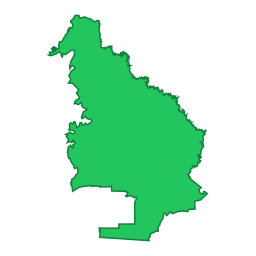 outline of Las Choapas, Veracruz, Mexico
{"feature_id": "50627088B49080058560483", "entity_name": "Las Choapas", "entity_type": "district", "adm_level": 2, "iso_a3": "MEX", "parent_name": "Mexico", "parent_adm1": "Veracruz", "projection": "natural_earth1", "projection_center": [-93.913, 17.563], "detail": "fine", "context": "isolated", "style": "filled", "palette": "green", "viewbox_px": 256, "rotation_deg": 0, "n_neighbors": 0, "source": "geoboundaries", "source_scale": "gbopen_adm2", "svg_char_len": 5707}
<svg xmlns="http://www.w3.org/2000/svg" viewBox="0 0 256 256"><path d="M207.3,193.6L204.9,191.8L203.6,191.6L202.9,194.2L199.8,192.8L198.9,189.5L201.2,187.6L189.8,178.5L190.1,177.5L190.4,178.1L190.4,177.4L188.8,176.6L189.0,175.8L187.8,174.4L189.3,173.4L189.5,172.3L190.3,172.3L190.7,170.7L190.3,170.0L191.3,168.3L192.6,167.9L192.7,165.9L194.0,165.9L194.3,166.9L194.9,166.0L195.5,166.9L196.1,166.7L196.5,165.9L197.2,166.0L198.0,162.6L198.8,163.1L198.9,162.4L200.5,161.6L200.7,160.8L198.9,160.0L199.8,158.2L201.2,157.6L200.8,156.6L199.5,156.3L199.1,157.4L198.5,156.8L199.0,155.7L197.9,156.1L197.7,155.6L198.3,154.8L200.2,155.4L200.1,154.1L201.0,153.2L200.8,151.6L202.0,148.2L203.6,146.5L202.3,144.5L203.3,144.5L203.2,143.6L200.7,142.1L202.1,142.0L203.4,140.9L202.9,136.4L203.5,134.6L204.6,134.8L205.0,133.6L204.2,132.9L206.0,130.9L205.6,130.2L203.4,131.9L202.0,131.5L202.6,130.4L201.9,129.7L200.4,130.1L199.5,129.4L199.2,130.1L198.2,130.1L197.0,128.9L196.4,130.1L195.7,129.1L195.8,127.4L193.1,126.4L193.1,124.6L191.7,124.7L190.9,122.3L191.6,122.1L189.9,121.7L190.0,120.3L189.5,120.0L188.1,120.0L188.5,120.8L188.1,121.1L186.7,119.4L186.3,116.3L186.7,114.7L185.7,115.6L184.4,115.2L184.7,112.1L183.7,110.2L182.3,109.5L183.6,112.3L183.9,112.0L183.3,112.8L181.4,112.2L181.3,111.4L180.1,110.4L179.2,111.5L179.7,108.9L178.7,110.4L178.1,109.1L179.9,107.4L179.3,105.3L178.2,104.7L177.4,105.3L177.1,103.2L176.2,102.4L177.0,102.3L177.4,101.2L177.1,100.7L176.4,101.9L176.0,100.3L178.0,97.4L175.9,98.4L175.6,97.4L175.0,98.1L174.7,97.1L173.9,98.0L173.9,96.5L175.0,96.1L173.2,95.8L172.0,97.0L172.4,98.5L172.0,98.6L171.3,95.1L170.3,95.2L170.3,93.8L169.5,94.5L169.0,93.9L168.6,94.9L168.4,93.7L167.6,94.3L166.2,93.3L164.7,94.0L165.0,94.6L164.4,95.2L163.0,94.7L162.6,90.3L161.4,91.2L161.8,90.3L161.4,90.1L159.9,92.0L159.2,92.0L159.1,90.8L158.4,90.3L158.9,89.4L157.8,88.5L158.2,86.8L157.4,88.3L156.4,87.5L155.8,88.3L155.2,88.0L155.5,88.9L154.5,88.9L153.9,87.4L153.7,88.2L152.9,87.5L153.3,86.4L150.9,87.4L151.0,86.4L149.6,86.0L148.7,87.2L149.7,87.5L148.5,88.3L147.5,87.2L147.2,84.9L146.8,85.5L146.1,85.0L147.1,83.1L145.4,82.5L146.7,82.0L147.7,82.7L147.5,81.4L148.6,81.5L148.4,80.3L147.4,79.4L148.5,78.5L147.5,77.3L146.8,77.7L146.9,77.0L146.0,78.3L145.1,76.8L144.5,77.7L144.8,78.4L143.7,79.2L143.1,78.8L143.9,78.4L143.5,77.7L142.0,77.8L141.5,77.2L140.8,78.7L139.5,77.5L136.8,79.7L135.7,79.2L136.3,78.5L135.2,77.8L132.8,77.9L132.5,77.2L133.3,77.2L133.9,76.3L132.5,76.1L132.6,74.7L130.7,73.5L130.7,72.6L129.2,70.3L129.9,69.0L129.4,65.6L130.4,65.4L128.8,64.8L128.2,65.9L127.6,65.6L129.0,62.7L127.6,62.1L126.5,60.8L128.7,60.3L127.6,59.1L127.2,57.6L128.7,57.5L128.9,58.8L129.2,56.7L128.4,55.6L127.7,56.4L126.6,55.7L127.1,54.5L126.6,53.5L125.4,54.3L124.8,52.2L122.8,51.9L122.4,53.0L123.6,53.3L123.1,54.9L122.0,53.7L122.4,55.9L122.1,56.4L120.6,53.3L119.9,55.0L120.7,55.0L120.3,55.8L118.7,54.3L118.0,54.9L115.7,53.7L115.5,55.0L113.5,54.8L114.2,53.3L112.8,53.4L113.0,52.1L112.0,51.0L112.0,49.1L111.0,48.9L110.8,47.0L111.9,46.9L111.9,46.3L109.7,46.1L109.8,47.7L107.7,46.8L105.3,48.8L104.8,47.4L103.2,48.2L100.7,47.0L101.1,44.9L100.8,42.8L101.6,41.4L100.3,40.9L101.0,39.1L99.6,37.3L100.3,35.0L98.9,30.1L99.5,28.1L99.1,26.7L99.8,25.1L99.8,23.5L98.7,22.9L99.2,21.0L97.1,20.5L96.1,21.4L94.2,21.6L89.9,18.5L87.9,18.5L84.7,16.9L79.9,18.3L78.8,15.4L75.2,15.4L72.6,19.7L70.7,20.7L70.6,22.1L72.4,23.5L72.8,25.8L72.0,27.5L70.3,28.4L70.2,27.8L69.4,27.8L69.4,29.1L68.6,29.0L68.7,30.9L68.0,30.4L68.0,31.5L67.5,31.5L66.8,34.7L65.4,34.8L65.3,36.5L63.3,38.5L63.1,39.9L61.4,42.0L59.6,41.6L58.5,46.1L59.4,46.7L58.4,49.0L57.4,49.3L56.8,48.4L55.6,49.5L55.5,50.9L54.3,50.7L53.3,48.6L54.2,48.1L54.5,49.1L55.8,47.9L53.8,46.7L51.6,48.6L53.4,51.9L49.4,52.3L50.3,54.6L48.7,55.0L50.0,55.6L52.8,55.3L53.7,54.3L56.2,54.0L58.1,52.3L60.3,52.3L61.1,53.5L61.3,56.0L62.3,57.0L63.2,53.7L65.4,54.7L71.6,50.0L73.0,50.0L74.2,50.9L74.6,54.4L71.0,61.3L69.6,66.1L69.9,68.7L71.3,66.2L72.5,65.8L74.2,66.6L74.9,68.5L71.4,71.1L68.8,75.6L70.3,78.1L70.6,80.0L68.5,83.0L72.5,83.3L77.5,88.5L78.7,89.0L78.4,90.3L76.4,93.1L79.3,97.0L79.3,98.4L75.4,100.7L74.3,103.7L76.4,103.6L78.2,104.7L81.3,102.6L82.0,106.2L83.6,107.8L86.9,109.0L86.7,109.7L83.3,111.9L81.5,117.1L81.6,118.2L82.1,118.7L85.6,116.5L87.1,118.6L91.0,119.6L91.8,120.8L91.1,122.2L87.2,125.0L85.3,123.1L83.5,125.0L82.2,125.4L81.7,122.8L80.1,122.6L79.0,126.0L76.6,127.6L75.2,122.0L74.0,121.7L72.8,124.3L71.6,123.0L70.3,123.0L69.3,125.0L69.9,127.8L68.8,129.9L73.4,130.6L74.9,132.0L74.9,133.0L72.8,134.0L69.5,132.0L68.4,133.5L65.6,134.4L67.0,135.3L66.4,136.7L68.3,139.1L68.3,140.8L67.3,142.5L69.4,141.6L72.0,142.6L72.7,141.7L72.5,140.9L73.6,140.1L75.2,143.4L72.8,145.0L73.7,147.1L73.1,147.8L72.4,147.8L70.7,145.2L68.2,147.1L67.5,152.6L68.3,153.8L67.9,155.4L68.8,158.4L69.6,158.0L71.3,162.1L74.2,166.1L73.9,167.5L74.9,168.6L77.2,167.5L77.8,168.2L77.9,173.3L76.2,174.6L73.4,178.9L71.9,179.0L71.9,180.7L70.8,182.4L71.6,183.3L71.0,183.9L71.1,184.9L72.1,186.8L72.6,191.3L79.4,187.1L90.7,185.4L90.7,186.1L99.9,186.1L99.8,186.9L109.4,186.8L111.4,186.0L111.7,191.0L126.0,191.3L126.0,191.9L127.8,192.7L127.1,194.9L125.7,195.7L126.5,196.8L128.3,195.9L131.1,195.9L132.6,196.3L133.7,197.6L136.2,197.3L136.6,198.1L134.8,202.4L134.7,224.0L118.9,224.1L119.0,228.2L99.1,228.1L99.6,229.5L100.1,229.5L100.2,230.8L99.5,230.8L99.4,231.6L100.2,231.5L99.7,237.3L149.1,240.6L148.5,238.1L150.2,236.8L150.5,233.6L154.3,232.3L155.4,231.1L158.1,231.3L158.2,226.5L159.7,225.2L160.1,223.1L163.4,217.4L162.9,216.0L163.7,214.9L163.9,213.3L165.4,213.2L166.2,214.1L166.2,215.5L166.8,215.5L170.4,211.9L172.5,213.6L178.4,211.4L182.7,211.0L187.6,211.5L188.9,209.4L195.0,209.1L194.6,201.2L200.5,200.0L207.3,193.6Z" fill="#22c55e" stroke="#15803d" stroke-width="1.5"/></svg>